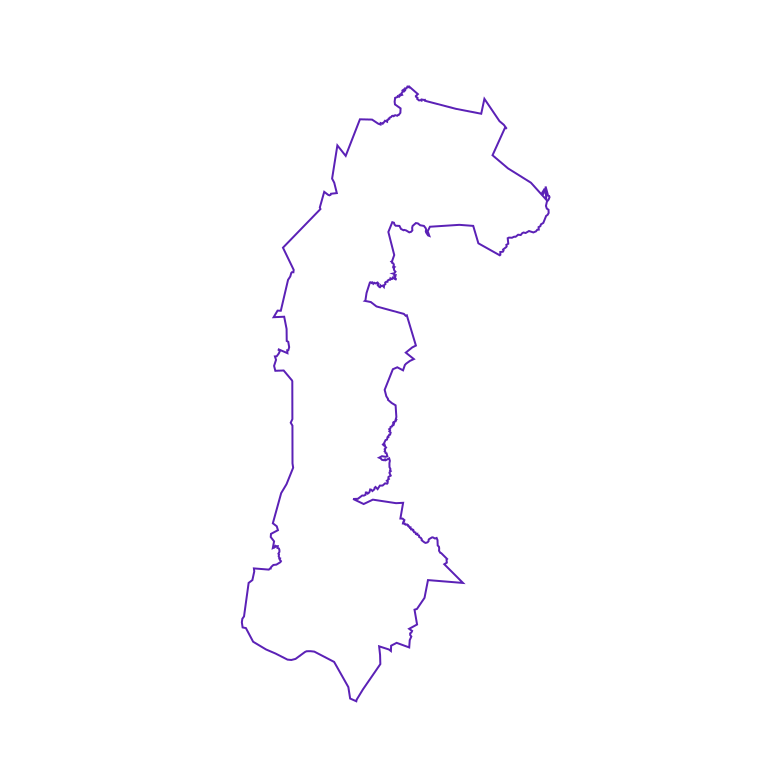 Tamazula, Durango, Mexico (orthographic projection), rotated 42°
{"feature_id": "50627088B45533435131247", "entity_name": "Tamazula", "entity_type": "district", "adm_level": 2, "iso_a3": "MEX", "parent_name": "Mexico", "parent_adm1": "Durango", "projection": "orthographic", "projection_center": [-106.644, 24.97], "detail": "fine", "context": "isolated", "style": "outline", "palette": "violet", "viewbox_px": 768, "rotation_deg": 42, "n_neighbors": 0, "source": "geoboundaries", "source_scale": "gbopen_adm2", "svg_char_len": 6153}
<svg xmlns="http://www.w3.org/2000/svg" viewBox="0 0 768 768"><g transform="rotate(42 384 384)"><path d="M267.8,104.9L275.4,118.1L253.3,131.4L225.7,145.7L224.5,145.5L224.5,146.0L224.0,145.9L221.6,147.4L222.2,148.3L221.2,148.6L220.3,149.8L217.9,149.9L217.4,148.9L215.4,149.1L215.0,148.7L215.2,145.9L203.8,146.1L204.1,146.8L202.4,147.3L202.9,149.2L201.9,150.2L203.2,151.5L203.1,152.8L201.6,152.2L201.3,153.6L202.4,154.4L202.5,156.5L204.0,157.0L203.5,157.8L202.2,158.3L202.1,158.9L203.0,159.4L203.0,160.5L201.6,160.9L201.9,161.9L200.8,163.9L203.0,167.1L205.1,168.9L211.9,168.1L214.7,171.5L214.9,174.3L214.4,174.7L214.4,175.7L212.4,176.8L212.0,178.5L211.2,178.6L210.6,179.5L210.7,180.6L210.0,182.3L210.5,183.3L209.9,183.8L210.3,184.8L209.8,185.8L210.8,187.0L208.6,187.7L208.9,190.3L208.5,190.7L208.8,191.5L206.9,192.3L207.8,193.5L205.6,194.4L198.2,195.5L189.0,203.4L202.9,240.1L189.7,237.9L208.0,266.1L212.3,267.7L221.2,273.7L217.3,278.1L217.7,279.2L217.2,280.3L215.9,280.8L211.0,281.2L218.2,295.8L219.7,296.5L217.7,350.3L240.5,359.6L241.9,361.6L240.8,362.5L240.8,363.6L242.4,366.8L243.0,370.8L258.3,398.6L255.8,400.7L257.3,408.2L264.8,400.8L274.8,408.3L282.9,417.1L284.6,416.7L288.9,420.1L290.3,422.9L289.5,423.7L291.6,425.7L282.7,428.7L282.9,429.2L284.5,428.9L285.4,431.8L285.7,435.2L284.5,436.5L287.6,438.3L290.2,444.1L294.4,446.9L300.4,441.1L313.2,442.9L314.0,443.3L339.4,471.4L340.6,475.2L343.8,476.2L369.1,504.2L372.5,507.0L378.6,523.7L380.6,533.9L394.6,561.9L399.5,561.5L403.0,563.6L400.3,571.0L402.2,573.5L407.6,574.5L411.2,580.4L411.5,579.7L411.3,579.0L411.9,578.8L411.6,577.2L412.3,577.3L412.4,576.6L413.6,575.6L414.4,577.1L416.0,576.6L417.3,577.3L418.6,578.7L419.1,580.8L420.0,580.9L421.1,582.6L422.4,583.0L422.8,583.6L423.4,583.3L423.5,584.0L424.2,584.3L426.0,584.6L426.2,585.8L424.9,590.2L422.9,592.5L422.6,595.3L423.2,596.9L422.8,597.0L422.6,599.0L410.7,608.1L413.0,610.1L417.4,617.8L416.5,622.4L435.5,650.4L435.8,653.2L437.8,656.2L441.8,659.5L444.7,657.8L459.2,663.1L474.0,660.2L483.7,656.9L496.7,653.4L499.8,651.1L502.2,647.5L504.6,636.0L505.3,634.4L508.2,631.7L511.3,629.5L532.9,623.9L560.3,633.1L569.3,640.4L575.7,638.3L574.9,636.9L572.7,625.1L568.7,594.6L562.4,588.0L555.9,582.2L565.3,578.0L567.8,577.8L564.4,573.7L566.6,567.9L579.0,562.9L574.5,557.1L573.3,553.4L571.4,553.0L570.3,551.8L570.6,550.4L570.1,548.7L566.5,549.1L569.5,540.6L557.7,531.3L559.0,529.1L557.2,515.8L547.9,500.3L575.8,479.0L549.4,477.6L550.2,474.7L548.0,472.7L548.0,471.8L539.7,471.4L538.8,471.8L536.5,471.1L534.8,469.0L533.5,468.1L532.0,468.1L528.2,464.2L526.1,463.2L525.3,464.7L522.9,465.3L522.3,465.9L521.3,469.2L521.5,470.1L522.3,471.0L522.3,472.5L521.3,474.2L520.3,474.6L517.1,474.9L516.3,474.8L516.0,474.1L514.2,473.7L512.6,474.2L511.4,473.2L509.3,473.8L508.9,473.1L508.0,474.1L506.7,473.3L505.5,474.0L503.5,472.9L503.2,473.6L501.9,473.2L501.3,473.9L500.5,473.3L499.9,473.6L499.5,472.8L498.5,473.4L497.9,473.0L497.2,473.4L496.4,472.8L496.0,473.2L495.0,473.0L494.3,474.0L493.6,474.0L493.9,474.8L492.9,473.9L491.4,475.0L490.7,473.8L490.9,472.8L490.3,472.4L490.2,471.5L487.9,471.6L486.2,473.0L477.7,459.5L472.7,464.5L453.1,477.4L449.2,486.8L438.0,490.1L441.4,486.8L442.4,481.5L443.7,480.4L444.4,478.7L443.1,476.8L443.8,476.1L445.2,476.4L445.5,475.5L445.5,474.0L444.3,471.6L445.2,471.1L447.0,471.3L447.3,468.8L446.5,467.4L446.6,466.2L449.6,466.4L448.9,462.3L450.9,460.4L451.3,457.1L453.0,456.0L453.0,455.3L452.0,453.9L450.9,454.0L451.2,451.3L450.3,451.2L449.5,450.0L450.3,447.6L447.5,446.4L447.2,445.8L447.3,444.2L446.3,444.2L445.7,442.9L443.7,442.1L441.0,439.2L439.8,437.2L437.6,435.8L436.3,439.5L434.4,439.1L435.1,439.6L435.1,440.6L433.3,441.7L431.1,441.5L429.7,442.0L430.8,439.0L433.8,437.1L434.9,435.5L432.3,433.8L431.3,434.2L430.6,433.6L429.6,433.7L429.0,432.3L428.1,432.0L428.0,429.8L427.0,429.8L425.3,428.8L425.2,429.7L423.7,429.7L423.7,428.1L422.7,424.7L423.4,423.2L422.4,421.6L422.8,420.7L422.0,420.4L422.2,419.1L421.8,418.2L422.4,417.5L421.4,415.6L419.6,415.6L419.5,414.4L418.1,414.1L418.5,412.9L417.6,411.5L418.3,410.3L417.9,409.3L418.6,408.3L418.2,407.3L417.5,407.5L416.7,406.6L417.3,406.0L416.8,405.5L417.6,404.0L417.1,402.5L416.6,402.9L415.3,400.3L406.9,392.1L402.3,393.0L397.5,393.1L397.0,392.4L394.0,391.6L388.4,387.9L380.7,367.1L382.7,362.7L389.0,361.1L386.8,355.9L386.8,354.2L387.8,349.5L389.5,345.5L379.2,346.1L380.5,337.9L382.0,334.1L355.0,317.7L354.5,318.8L351.9,318.6L326.5,331.4L319.4,331.9L314.2,335.0L314.3,334.4L310.1,328.0L305.6,318.0L306.1,317.2L307.1,317.3L307.5,316.2L309.0,316.7L309.2,315.2L310.4,314.9L311.3,312.9L313.0,313.2L312.8,314.4L313.2,314.8L315.9,315.0L316.3,314.7L315.6,313.1L316.5,313.2L317.2,311.8L319.0,312.0L317.9,310.3L318.2,308.8L317.0,307.8L317.2,306.7L318.2,305.7L317.5,304.6L318.0,303.1L318.7,302.6L318.1,301.3L319.1,301.3L319.7,300.6L319.3,299.3L322.7,298.4L322.6,298.0L320.6,297.5L320.4,296.6L319.6,296.8L320.0,295.8L319.8,295.3L318.8,296.1L317.7,295.5L316.8,295.9L317.6,294.7L317.4,292.9L315.9,292.8L314.7,292.2L314.0,291.3L313.2,291.3L313.5,290.0L312.2,290.3L311.7,288.9L310.4,288.2L309.0,288.5L308.7,288.0L307.6,288.1L307.8,287.3L305.3,281.3L285.5,268.1L281.9,258.2L283.5,257.5L285.1,258.5L286.7,258.6L289.7,256.2L292.9,257.4L295.6,256.7L295.9,256.0L297.6,255.1L301.3,254.4L302.3,252.8L302.3,250.9L300.4,249.1L299.5,247.4L300.0,243.1L301.7,242.0L304.7,241.8L307.9,239.8L310.7,240.3L312.1,241.1L312.8,242.5L313.9,243.2L317.3,244.1L318.6,243.6L314.3,241.3L312.9,236.4L333.5,215.3L344.5,206.8L360.0,216.3L383.9,210.9L384.0,210.1L382.1,208.1L383.8,206.2L383.6,204.9L382.5,204.4L383.2,200.5L383.1,199.7L381.8,198.7L382.5,196.6L378.4,192.9L378.9,191.6L381.2,189.7L382.2,187.4L383.3,186.5L383.8,183.3L385.9,181.8L385.8,179.4L386.3,178.1L388.2,177.0L389.4,173.3L393.6,171.4L394.8,168.9L394.7,166.8L395.7,165.7L393.9,164.0L394.6,162.1L393.8,160.4L394.6,157.7L392.0,150.6L392.4,148.8L391.9,146.7L389.6,144.4L387.6,144.7L385.2,143.3L383.1,139.6L382.9,136.7L382.0,134.4L380.9,133.8L380.0,134.3L371.9,129.1L381.3,138.5L375.2,137.8L375.2,135.7L372.7,131.2L373.9,137.7L358.5,136.1L331.9,140.8L311.6,141.4L302.4,112.4L304.4,112.2L299.6,111.2L294.0,111.4L267.8,104.9Z" fill="none" stroke="#5b21b6" stroke-width="2"/></g></svg>